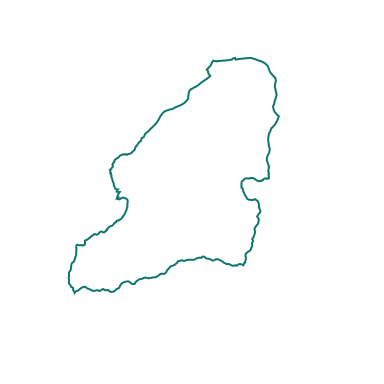 the district of Socha, Boyacá, Colombia, rotated 212°
{"feature_id": "7082276B6203898628626", "entity_name": "Socha", "entity_type": "district", "adm_level": 2, "iso_a3": "COL", "parent_name": "Colombia", "parent_adm1": "Boyacá", "projection": "mercator", "projection_center": [-72.683, 5.965], "detail": "fine", "context": "isolated", "style": "outline", "palette": "teal", "viewbox_px": 384, "rotation_deg": 212, "n_neighbors": 0, "source": "geoboundaries", "source_scale": "gbopen_adm2", "svg_char_len": 6020}
<svg xmlns="http://www.w3.org/2000/svg" viewBox="0 0 384 384"><g transform="rotate(212 192 192)"><path d="M109.6,157.1L110.0,159.2L109.6,160.3L110.0,160.4L110.3,162.4L111.2,164.4L112.2,165.4L113.6,167.5L113.6,168.0L113.5,169.2L113.0,170.5L111.9,172.7L111.6,173.7L111.7,174.7L112.1,176.1L112.2,177.2L112.9,179.1L114.0,180.5L114.2,181.5L114.1,182.5L114.4,183.0L116.1,184.2L115.9,185.9L116.4,188.7L117.3,191.6L117.6,192.0L118.7,192.8L119.6,194.3L119.7,194.7L119.5,198.1L119.2,199.3L119.4,201.3L119.6,201.6L120.0,202.0L120.4,203.6L121.5,204.7L123.7,205.6L123.9,207.8L123.4,210.3L123.7,211.8L124.6,212.7L126.1,213.7L126.6,214.3L127.3,214.5L127.7,215.7L128.7,217.0L130.7,218.7L131.3,219.0L132.1,219.2L133.7,219.2L134.5,219.5L136.8,216.8L138.0,216.6L139.1,215.8L139.7,215.6L141.1,215.5L141.8,215.7L144.7,217.0L148.2,219.2L149.2,220.0L150.8,221.7L151.8,222.0L152.4,221.9L155.1,226.4L155.2,227.9L154.4,230.0L154.5,230.8L153.5,232.2L152.7,232.7L151.1,233.3L149.7,234.9L148.2,235.9L147.5,236.1L145.9,236.3L143.7,236.2L141.2,236.4L140.7,237.2L139.2,237.8L139.0,238.8L138.7,238.8L138.5,239.3L138.2,239.4L138.2,240.5L137.6,242.0L136.7,242.6L136.2,242.6L135.9,242.8L135.4,242.9L135.4,243.3L135.1,243.7L134.3,243.9L134.2,244.5L134.3,244.9L134.9,245.5L134.9,245.9L136.3,247.1L136.2,247.8L136.6,248.6L138.3,249.8L138.5,250.7L139.6,252.7L139.6,253.4L140.0,253.6L140.1,254.3L140.7,254.6L141.0,255.2L141.9,255.7L145.7,258.8L146.3,260.3L147.3,263.2L147.2,265.1L147.5,266.5L148.7,269.6L151.0,271.7L151.8,272.8L152.4,273.1L152.8,273.9L153.4,274.4L153.6,275.0L154.3,275.6L156.1,278.4L157.5,281.9L157.7,282.9L157.7,284.7L158.4,287.5L158.4,288.4L158.0,289.6L157.3,293.5L157.6,297.9L157.8,299.4L158.6,302.4L160.3,302.5L164.1,303.6L165.8,304.7L168.1,306.8L168.8,307.9L168.9,309.7L170.1,313.0L170.7,316.0L171.7,319.2L177.4,325.0L178.3,326.5L179.3,329.1L179.5,330.4L180.1,331.2L181.8,332.8L182.5,333.2L183.4,333.2L188.9,334.8L191.0,336.3L194.1,338.7L197.0,339.6L199.9,339.8L202.9,339.4L206.0,338.6L208.8,338.1L212.1,337.2L213.6,336.6L216.9,334.2L224.3,328.3L225.2,327.4L225.6,327.6L226.4,328.5L227.7,327.4L228.0,327.0L228.3,325.7L229.9,323.9L240.5,315.9L240.5,315.7L243.7,314.6L243.6,311.8L243.3,310.0L243.3,308.4L243.7,306.9L243.9,305.0L244.4,304.1L244.4,303.7L242.1,302.7L241.5,301.7L240.5,301.0L238.0,300.1L239.0,296.8L242.1,289.8L243.7,284.8L246.0,281.0L246.2,280.5L246.2,280.3L247.0,279.3L247.4,278.6L247.3,278.4L247.7,277.6L247.8,276.8L247.6,275.4L246.7,272.8L244.8,269.2L244.7,268.0L245.1,265.7L245.7,263.3L247.2,260.3L251.2,254.6L252.0,252.9L252.5,252.3L256.8,247.5L257.6,246.5L258.1,245.4L258.7,242.9L258.9,240.5L258.9,238.9L258.6,235.3L258.7,231.5L259.8,226.5L261.0,221.8L260.9,221.3L262.6,216.5L262.2,214.6L262.1,212.9L262.4,212.1L263.0,211.6L263.3,211.0L263.1,210.2L262.6,209.5L262.4,208.3L263.0,206.8L263.4,204.9L263.3,203.1L263.7,200.3L263.0,197.5L263.1,196.7L263.8,194.8L263.9,193.1L264.9,191.6L265.2,191.5L265.6,190.8L266.2,190.4L266.4,189.9L266.7,189.7L267.0,189.0L268.0,189.1L268.3,189.0L268.8,188.2L269.7,187.9L270.1,187.4L270.9,186.8L271.6,185.8L272.3,185.0L272.7,182.2L273.9,179.9L274.4,178.5L274.3,176.9L273.8,176.1L274.1,175.6L274.1,173.4L273.7,172.8L272.9,172.2L272.6,171.6L272.6,170.8L272.9,169.6L272.8,168.7L273.4,167.4L272.6,167.0L272.4,166.7L272.3,166.1L271.2,165.3L271.4,164.7L270.9,164.3L270.3,164.6L269.6,163.6L269.2,163.5L268.6,162.3L266.5,160.7L264.5,158.7L263.3,158.1L261.8,156.3L260.5,155.2L259.9,155.0L259.1,154.5L258.8,154.1L257.2,154.3L256.2,154.8L256.4,153.8L256.1,152.4L255.2,152.8L254.1,153.0L253.3,153.6L253.3,150.7L252.7,147.9L251.5,148.4L251.5,147.6L251.9,146.5L249.6,147.3L248.2,150.1L246.5,151.1L245.3,151.4L243.9,151.4L242.9,151.3L242.4,151.0L241.2,149.5L240.2,147.1L238.9,145.1L238.7,143.4L238.1,142.5L237.9,140.3L237.6,139.7L237.4,137.3L237.5,135.3L237.8,134.6L237.7,134.2L237.5,133.2L238.1,130.9L239.0,129.8L239.1,128.8L239.7,128.2L240.6,127.9L240.7,127.6L240.5,126.1L240.6,125.6L241.3,125.0L241.4,124.6L241.5,122.1L241.9,121.2L243.3,119.4L243.7,118.5L244.0,116.6L244.5,115.2L243.9,114.8L244.8,112.0L245.2,111.2L245.7,110.8L246.1,110.7L247.3,110.7L248.3,110.1L248.8,109.4L249.3,106.8L249.8,105.6L250.1,105.3L250.6,105.1L251.7,105.0L252.2,104.7L252.8,103.9L253.0,102.9L253.9,101.1L254.8,98.1L255.5,96.4L256.5,94.9L256.9,94.1L256.8,93.5L255.7,92.1L255.0,90.0L256.0,89.2L256.5,88.6L257.6,88.4L259.5,87.0L261.5,86.4L261.5,85.3L261.1,84.1L260.5,83.2L260.0,82.7L259.1,80.8L258.6,80.3L257.4,78.2L256.6,76.1L256.4,74.5L255.8,73.2L255.7,71.9L255.2,71.0L255.2,70.6L256.0,68.5L256.1,67.6L255.5,65.6L254.3,63.5L253.8,62.1L253.6,60.2L253.7,58.8L253.6,58.3L251.9,55.9L251.2,54.0L250.9,53.5L249.5,52.2L248.2,49.5L247.7,49.1L245.7,48.6L244.2,47.5L243.4,47.5L242.3,47.8L241.8,47.4L240.9,45.9L239.4,45.2L238.0,44.2L237.9,46.0L236.6,47.8L235.0,52.1L233.2,54.6L232.0,55.0L231.2,55.0L229.7,54.7L228.6,55.1L223.7,55.7L222.4,56.3L220.9,58.1L220.3,58.6L218.5,58.8L218.0,59.1L217.5,59.7L216.6,61.8L215.8,62.7L215.2,62.7L214.3,62.5L213.3,62.8L211.2,64.4L208.8,64.1L208.1,64.1L206.8,65.0L205.7,66.0L205.5,66.5L204.8,68.3L204.5,69.8L203.2,71.5L203.0,72.4L203.4,74.7L203.3,76.4L203.1,77.3L201.5,80.1L198.9,82.4L197.3,82.6L195.0,82.3L194.0,82.4L193.1,82.7L192.2,83.3L192.0,83.7L192.0,85.6L191.8,87.0L190.3,90.2L188.0,92.4L186.8,94.1L185.8,95.0L185.1,95.3L184.0,95.4L183.0,95.9L179.2,99.4L177.6,100.5L177.1,101.1L175.1,106.0L174.2,106.8L172.5,107.6L172.0,108.1L171.6,109.2L171.4,110.2L171.6,112.4L171.0,116.0L170.8,117.6L169.0,119.7L168.2,120.8L167.0,124.5L167.3,125.4L167.2,125.8L166.2,126.7L164.7,128.4L163.9,128.9L162.3,129.3L161.6,129.9L160.1,132.0L154.2,135.7L153.7,136.5L153.5,137.3L152.5,138.6L150.8,140.3L149.2,141.1L149.0,142.5L148.8,142.9L148.2,143.2L147.3,143.6L145.5,143.3L144.4,143.3L144.0,143.4L142.9,144.1L141.0,144.6L138.3,144.7L137.3,145.5L136.1,147.5L134.4,148.8L132.1,148.9L130.1,149.3L127.2,148.9L124.4,149.3L122.9,150.2L121.9,150.6L118.6,150.9L118.0,151.2L116.3,152.9L116.1,153.0L115.5,152.9L115.1,153.1L114.1,155.4L113.3,156.3L112.0,156.8L109.6,157.1Z" fill="none" stroke="#0f766e" stroke-width="2"/></g></svg>